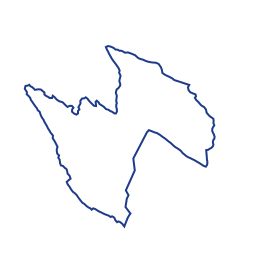 the district of Abaíra, Bahia, Brazil, rotated 152°
{"feature_id": "56859067B19610655548687", "entity_name": "Abaíra", "entity_type": "district", "adm_level": 2, "iso_a3": "BRA", "parent_name": "Brazil", "parent_adm1": "Bahia", "projection": "equal_earth", "projection_center": [-41.741, -13.298], "detail": "fine", "context": "isolated", "style": "outline", "palette": "blue", "viewbox_px": 256, "rotation_deg": 152, "n_neighbors": 0, "source": "geoboundaries", "source_scale": "gbopen_adm2", "svg_char_len": 3380}
<svg xmlns="http://www.w3.org/2000/svg" viewBox="0 0 256 256"><g transform="rotate(152 128 128)"><path d="M200.7,211.1L200.4,207.1L201.6,205.3L200.8,203.2L200.2,200.5L200.6,198.6L200.3,196.5L200.0,193.6L199.6,190.5L199.2,188.1L199.3,186.0L198.4,183.8L199.0,180.4L199.1,177.4L198.7,175.1L198.9,172.8L198.8,170.4L198.7,167.8L198.8,165.2L198.6,162.6L198.5,160.1L197.8,156.5L199.3,154.3L199.0,151.2L199.0,147.4L199.1,144.4L200.8,142.8L202.0,140.4L202.5,138.4L201.7,136.2L203.5,134.5L203.2,132.3L204.4,129.1L204.8,126.5L203.1,124.8L202.6,122.6L201.6,120.6L202.0,118.4L202.8,116.0L202.0,113.4L202.5,110.2L205.0,109.8L207.4,109.2L207.7,106.6L207.2,103.6L207.1,100.8L206.7,97.8L205.5,95.2L204.8,92.8L204.5,89.8L204.0,86.6L203.4,83.5L202.2,81.5L201.3,78.7L200.3,76.5L199.1,75.0L198.4,72.9L196.5,73.4L195.1,72.0L193.6,69.3L192.6,67.7L191.2,65.9L189.9,64.0L188.4,62.1L186.3,59.8L185.0,57.5L183.5,57.5L182.2,55.3L182.4,52.5L181.9,50.0L180.3,50.0L179.1,48.6L178.0,46.0L177.5,42.8L170.6,48.7L168.1,50.3L166.0,51.3L167.3,59.4L163.4,64.6L162.3,66.1L159.1,68.4L159.2,73.9L141.9,87.4L139.2,94.5L137.6,98.6L113.3,115.3L110.6,116.3L108.2,113.6L106.5,111.5L105.0,110.2L104.0,108.6L102.9,106.7L101.5,103.7L100.2,101.2L99.2,98.9L98.3,96.6L97.5,95.2L96.7,92.9L96.0,90.8L95.2,88.9L93.9,86.8L92.8,84.7L92.0,82.9L91.5,80.1L90.6,78.1L89.8,76.0L88.7,74.1L87.3,72.4L86.0,70.5L84.5,68.5L83.2,66.3L81.9,64.3L80.4,61.6L79.0,59.0L77.4,57.3L75.3,58.5L73.9,60.6L73.1,63.1L72.1,65.3L71.3,67.1L70.5,69.1L69.3,71.8L67.5,71.1L65.8,71.3L63.6,71.3L61.6,72.0L60.4,73.2L59.9,75.3L58.4,77.3L56.9,77.9L55.6,79.7L55.2,82.0L55.2,84.0L55.0,85.9L53.9,87.8L52.5,88.8L50.6,89.8L50.3,92.2L49.1,94.0L48.3,96.1L49.3,98.1L50.2,99.7L50.9,102.2L51.4,104.6L50.5,107.7L51.0,110.9L52.5,113.1L53.2,115.6L53.7,118.1L54.6,120.5L54.8,123.3L53.1,124.0L52.6,125.9L54.4,128.0L56.3,130.4L56.7,133.3L55.9,135.8L53.7,137.3L64.7,148.7L65.5,150.8L66.6,152.5L68.0,154.5L69.6,156.5L70.8,158.4L71.8,160.5L70.8,163.4L70.4,166.2L70.9,170.2L72.8,172.6L74.8,173.8L76.1,174.7L77.5,175.7L79.2,177.2L80.5,178.5L81.7,180.0L82.8,181.4L84.4,182.9L86.0,184.7L86.9,187.0L87.5,188.9L88.6,190.2L89.6,191.5L90.9,192.9L92.4,194.6L93.8,195.3L95.4,196.0L96.5,197.9L97.8,199.5L99.4,200.3L100.2,201.9L102.2,203.1L103.1,205.5L105.0,207.9L107.1,209.7L109.5,209.9L109.8,207.1L109.7,204.9L109.9,202.5L109.8,200.3L109.8,197.3L109.4,193.7L108.9,191.0L108.6,188.6L108.2,185.5L108.4,182.7L109.9,181.0L110.0,177.8L111.0,176.5L112.1,175.4L113.7,173.4L114.1,170.8L114.9,169.2L117.5,167.8L120.0,167.3L122.2,164.9L122.8,161.6L124.4,159.3L125.8,157.3L126.2,155.2L127.3,154.2L128.5,152.2L129.0,149.9L130.1,147.7L131.8,146.5L133.2,147.3L134.4,149.8L135.6,151.2L136.8,153.4L138.6,155.1L139.3,157.9L140.7,160.5L141.9,162.6L141.9,164.5L142.8,166.8L144.3,166.3L145.1,164.2L145.9,162.4L147.6,163.6L149.0,167.9L149.7,170.7L150.0,172.8L150.9,174.9L153.0,174.8L154.8,175.6L157.4,174.3L158.4,172.0L159.9,171.0L162.0,169.7L162.1,167.3L164.2,166.5L165.3,164.3L167.2,164.0L168.8,166.0L169.8,168.7L168.6,170.6L166.6,171.6L167.2,173.9L169.2,175.0L171.5,175.0L172.3,177.0L173.0,179.4L173.7,181.5L175.5,183.2L176.8,184.9L177.8,187.2L178.2,189.3L179.3,191.8L181.0,190.1L183.1,191.3L184.0,193.1L185.3,194.8L186.1,196.9L185.1,198.6L185.9,200.4L186.8,202.8L189.0,204.3L192.3,205.4L193.2,208.7L194.5,210.6L194.9,212.5L196.5,212.5L198.8,213.2L200.7,211.1Z" fill="none" stroke="#1e3a8a" stroke-width="2"/></g></svg>